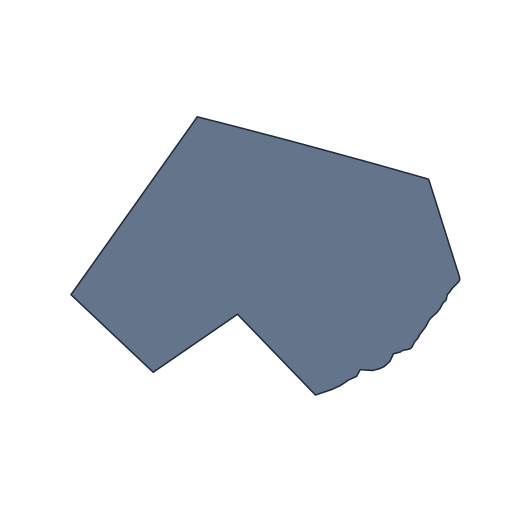 map outline of Tindouf (Albers equal-area conic projection), rotated 162°
{"feature_id": "DZA-2150", "entity_name": "Tindouf", "entity_type": "Province", "adm_level": 1, "iso_a3": "DZA", "parent_name": "Algeria", "parent_adm1": "", "projection": "albers", "projection_center": [-7.582, 27.544], "detail": "fine", "context": "isolated", "style": "filled", "palette": "slate", "viewbox_px": 512, "rotation_deg": 162, "n_neighbors": 0, "source": "natural_earth", "source_scale": "10m", "svg_char_len": 1143}
<svg xmlns="http://www.w3.org/2000/svg" viewBox="0 0 512 512"><g transform="rotate(162 256 256)"><path d="M268.9,406.6L259.3,400.5L248.0,393.4L236.7,386.2L225.4,379.0L212.2,370.5L198.9,362.0L185.7,353.5L172.5,344.9L159.4,336.3L146.3,327.7L133.2,319.1L120.1,310.5L107.0,301.8L94.0,293.1L81.0,284.4L68.1,275.7L68.1,268.7L68.2,261.7L68.2,254.8L68.3,247.8L68.3,243.4L68.4,238.9L68.4,234.5L68.5,230.0L68.5,225.6L68.5,221.2L68.6,216.7L68.6,212.3L68.7,207.8L68.7,203.4L68.7,199.0L68.8,194.5L68.8,190.1L68.9,185.6L68.9,181.2L68.9,176.8L69.0,173.4L69.2,171.4L70.0,170.0L71.2,168.9L79.5,164.5L82.5,162.2L85.4,160.5L86.3,159.7L88.5,155.8L89.5,155.0L91.8,153.9L92.9,153.3L97.2,149.2L101.6,146.2L108.9,143.0L111.1,141.5L117.0,135.9L123.9,131.2L127.8,127.5L130.9,125.9L131.9,125.1L135.9,121.1L138.1,120.1L141.1,120.2L143.9,120.7L145.4,120.8L146.8,120.6L148.2,120.1L155.5,120.5L161.3,114.3L168.5,111.2L173.5,110.6L180.7,111.1L192.0,115.7L197.4,110.5L206.4,109.4L215.8,106.7L220.3,106.2L224.8,105.6L234.3,105.5L242.4,105.4L291.6,206.3L389.7,177.2L443.9,276.4L269.8,405.8L268.9,406.6L268.9,406.6Z" fill="#64748b" stroke="#1e293b" stroke-width="1.5"/></g></svg>